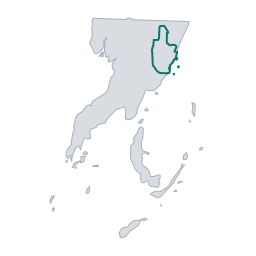 East Sepik highlighted on a map of Papua New Guinea, rotated 92°
{"feature_id": "PNG-1239", "entity_name": "East Sepik", "entity_type": "Province", "adm_level": 1, "iso_a3": "PNG", "parent_name": "Papua New Guinea", "parent_adm1": "", "projection": "mercator", "projection_center": [143.363, -4.131], "detail": "fine", "context": "in_parent", "style": "outline", "palette": "teal", "viewbox_px": 256, "rotation_deg": 92, "n_neighbors": 0, "source": "natural_earth", "source_scale": "10m", "svg_char_len": 5435}
<svg xmlns="http://www.w3.org/2000/svg" viewBox="0 0 256 256"><g transform="rotate(92 128 128)"><path d="M19.6,166.3L19.6,133.7L17.9,131.3L19.6,125.5L19.5,70.8L22.6,71.1L37.6,77.7L47.7,81.2L56.5,82.8L64.7,88.3L70.7,88.6L79.6,96.2L83.2,96.8L89.5,103.2L89.8,108.4L89.1,111.6L98.7,114.8L107.9,119.2L112.9,119.7L115.7,121.2L119.1,125.0L119.8,130.1L117.8,131.0L109.2,131.0L106.8,132.6L110.2,140.6L118.0,148.0L123.9,151.3L125.6,158.0L128.6,160.0L130.5,165.3L133.6,165.9L139.5,165.0L140.5,167.2L139.6,170.5L140.4,171.9L151.3,174.7L147.7,176.4L149.4,179.5L156.5,182.1L160.9,183.1L163.6,182.8L160.5,184.3L157.7,183.9L157.2,184.3L158.3,185.6L160.6,187.0L158.2,188.8L155.9,189.0L151.4,187.9L147.6,184.5L135.7,183.1L131.6,181.6L128.3,182.2L118.6,180.4L115.5,178.0L113.4,174.5L107.7,170.3L106.3,168.2L106.9,165.4L105.3,165.8L102.1,163.8L93.3,150.9L88.9,149.1L77.9,146.9L76.3,144.4L71.1,143.4L70.0,145.1L65.8,146.2L62.2,145.0L58.7,141.8L62.8,149.0L61.4,148.9L62.1,150.0L61.3,150.2L56.7,149.8L58.1,152.7L50.5,154.4L44.9,153.8L42.2,154.5L41.0,154.4L39.6,152.3L37.5,152.7L39.3,152.7L41.4,155.2L46.2,154.9L50.7,156.8L54.6,161.0L54.4,164.0L44.0,169.4L37.9,167.0L29.0,167.7L25.9,166.8L21.9,167.8L19.6,166.3ZM177.7,94.3L179.9,95.8L182.1,94.2L186.3,96.1L185.5,103.1L184.1,105.1L180.5,105.8L180.1,106.8L182.4,111.0L181.5,112.5L178.4,114.0L173.3,113.8L171.9,116.7L169.1,119.2L158.1,124.3L146.1,124.7L142.2,121.5L138.0,122.1L132.5,118.5L127.9,117.0L126.9,115.6L127.0,113.7L128.3,112.7L136.6,112.8L141.8,114.3L148.7,113.4L150.6,112.3L151.4,107.8L152.5,105.9L153.7,106.8L152.2,110.3L153.9,113.4L158.8,112.5L161.9,113.2L164.3,112.3L167.8,107.4L170.5,105.2L175.6,104.0L175.5,100.4L173.7,95.5L174.4,94.1L177.7,94.3ZM238.1,130.5L237.4,132.1L237.1,131.6L234.6,133.1L231.7,132.6L229.1,131.0L227.1,128.1L227.1,124.9L224.3,123.5L220.6,119.4L219.9,116.7L220.2,112.3L225.5,114.8L230.9,122.5L236.1,126.0L238.1,130.5ZM196.9,96.3L193.4,103.3L191.1,100.4L190.3,98.4L190.1,93.0L184.4,85.0L178.6,82.4L166.7,74.0L162.1,72.7L163.2,72.3L163.2,70.3L169.1,74.6L172.7,75.7L177.5,79.0L180.8,80.2L195.2,92.7L196.9,96.3ZM102.4,61.5L113.6,61.8L113.8,62.8L112.3,62.9L110.4,64.6L103.8,64.1L100.8,65.0L100.6,63.8L101.7,63.4L101.5,62.2L102.4,61.5ZM158.9,169.7L160.9,170.9L162.7,170.7L164.0,172.1L164.2,174.4L163.5,174.9L163.0,174.2L157.6,173.8L158.6,172.5L157.6,169.8L158.9,169.7ZM157.6,71.6L153.6,71.5L150.6,68.8L154.5,67.5L157.5,68.8L157.6,71.6ZM167.0,179.6L169.5,178.2L170.1,178.7L169.1,182.2L165.2,180.7L162.5,175.0L167.0,179.6ZM187.9,164.7L192.2,164.0L194.3,165.6L194.9,166.1L194.5,167.6L190.9,167.0L187.9,164.7ZM197.9,199.0L206.0,202.9L203.0,203.5L200.5,202.5L200.1,201.5L199.1,201.8L199.6,201.2L197.9,199.0ZM122.4,117.9L118.8,114.9L119.0,113.0L122.8,114.7L122.4,117.9ZM156.2,171.8L155.2,171.9L152.8,169.9L154.2,167.6L155.9,168.4L156.2,171.8ZM219.0,112.1L217.4,107.4L218.7,105.9L220.1,108.9L219.0,112.1ZM110.0,112.1L107.5,110.2L109.3,108.5L110.4,109.4L110.0,112.1ZM147.8,55.4L146.4,55.7L144.6,54.2L145.1,52.5L147.2,53.6L147.8,55.4ZM93.6,100.5L92.2,102.2L91.2,100.9L92.8,99.0L93.6,100.5ZM167.5,156.0L167.6,161.7L166.4,160.5L167.0,158.2L165.8,157.5L167.5,156.0ZM55.6,157.4L58.0,159.8L52.1,156.0L55.6,157.4ZM57.7,156.9L54.5,155.9L53.8,155.2L57.6,155.5L57.7,156.9ZM213.6,199.5L213.4,200.3L211.3,200.5L209.9,199.3L211.2,199.6L211.0,198.8L213.6,199.5ZM189.7,77.1L189.8,79.7L188.3,77.9L189.7,77.1ZM181.8,75.7L181.2,76.4L179.7,74.6L180.0,74.3L181.8,75.7ZM164.3,187.7L164.1,188.9L162.6,188.3L162.8,187.5L164.3,187.7ZM180.5,73.7L179.4,74.0L179.6,72.3L180.5,73.7ZM119.6,65.5L119.8,66.8L118.2,66.5L119.6,65.5ZM204.6,91.7L204.4,92.9L203.6,92.5L204.6,91.7Z" fill="#d9dde1" stroke="#a8b0b8" stroke-width="1"/><path d="M50.3,81.7L50.6,81.6L50.8,81.7L51.2,81.7L52.2,81.8L52.3,81.8L52.6,82.0L52.8,82.1L53.0,82.1L56.1,82.6L56.7,82.9L57.0,83.0L57.8,83.9L58.0,84.3L58.1,84.5L58.4,84.6L58.5,84.6L59.0,84.8L59.4,84.7L59.5,84.7L59.6,84.8L59.5,85.0L59.8,85.3L60.0,85.4L60.5,85.4L60.8,85.5L61.0,85.6L61.6,86.4L61.8,86.6L62.4,86.8L62.6,86.9L62.9,87.1L63.6,88.1L64.0,88.2L64.5,88.3L65.4,88.2L65.6,88.2L65.8,88.2L66.1,88.2L66.0,88.3L65.9,88.4L65.7,88.4L65.6,88.6L65.8,88.7L66.1,88.8L66.3,88.9L66.7,88.7L66.9,88.8L67.0,89.1L67.3,89.2L67.6,88.8L67.7,88.6L67.8,88.5L67.7,88.3L68.2,88.2L68.9,88.2L69.5,88.3L70.0,88.4L71.0,88.4L71.2,88.5L71.4,88.7L71.5,88.9L71.7,89.1L71.7,89.4L71.7,90.7L71.8,90.8L72.0,91.0L71.9,98.1L70.2,100.9L64.4,105.3L63.8,105.4L63.2,105.5L51.8,106.4L50.0,106.8L49.1,106.8L47.7,106.6L45.7,106.0L44.9,105.5L44.7,105.5L44.4,105.5L43.8,105.6L42.2,105.5L41.4,105.4L39.2,105.3L38.9,101.0L37.4,100.2L27.2,100.1L26.1,100.0L25.3,99.7L25.0,99.1L24.9,98.4L24.8,96.0L24.9,95.3L25.2,94.9L30.4,91.4L30.5,91.4L30.8,91.4L31.1,91.3L31.1,91.6L31.3,91.7L31.5,91.8L31.7,92.0L31.5,92.4L31.6,92.5L31.9,92.3L32.1,92.4L32.3,92.4L41.2,92.2L42.0,92.0L42.3,91.5L42.4,91.3L42.4,91.0L42.7,90.3L43.1,90.0L43.6,89.7L43.8,89.1L43.8,88.6L43.8,88.2L43.6,87.9L43.5,87.4L43.4,87.1L43.3,86.3L43.4,85.7L43.3,84.6L43.3,84.4L43.6,83.8L43.8,83.3L44.0,83.1L44.2,82.9L44.6,82.8L44.8,82.8L45.2,82.5L45.4,82.5L45.5,82.5L46.0,82.7L46.4,82.9L49.1,84.0L49.5,84.1L49.9,84.1L50.1,84.0L50.2,83.6L50.3,81.7L50.3,81.7ZM57.6,82.0L57.4,82.0L57.0,81.9L56.9,81.9L56.7,81.8L56.5,81.6L56.6,81.3L56.6,81.2L57.0,81.1L57.4,81.3L57.8,81.6L57.9,81.9L57.6,82.0ZM64.6,79.7L64.8,79.4L65.1,79.3L65.5,79.7L65.6,79.9L65.4,80.1L64.9,80.0L64.6,79.7ZM72.4,83.8L72.6,83.8L72.7,84.0L72.4,84.1L72.3,83.9L72.4,83.8Z" fill="none" stroke="#0f766e" stroke-width="2"/></g></svg>